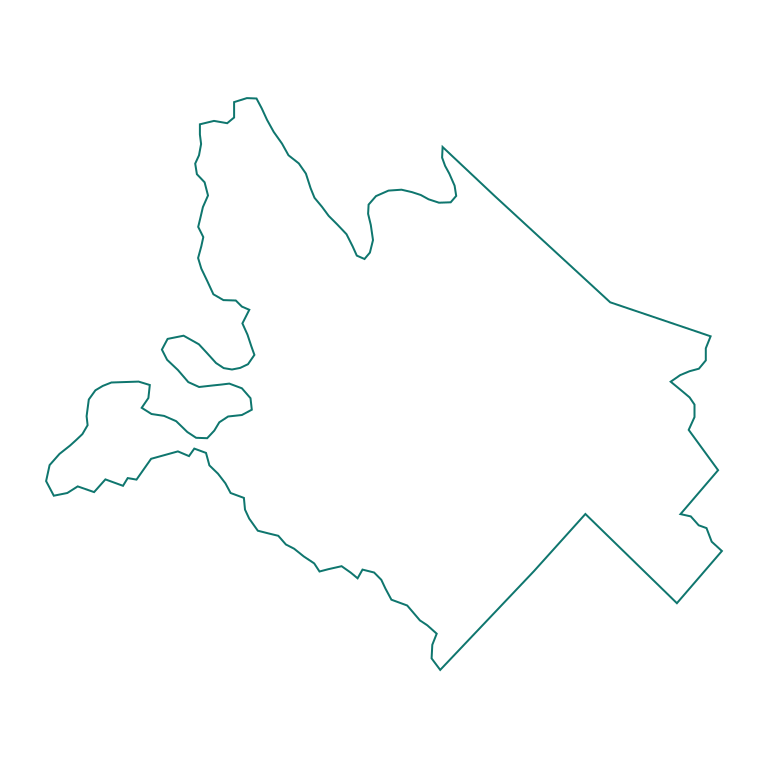 Coronel Freitas, Santa Catarina, Brazil (Albers equal-area conic projection)
{"feature_id": "56859067B46067281388055", "entity_name": "Coronel Freitas", "entity_type": "district", "adm_level": 2, "iso_a3": "BRA", "parent_name": "Brazil", "parent_adm1": "Santa Catarina", "projection": "albers", "projection_center": [-52.766, -26.88], "detail": "fine", "context": "isolated", "style": "outline", "palette": "teal", "viewbox_px": 768, "rotation_deg": 0, "n_neighbors": 0, "source": "geoboundaries", "source_scale": "gbopen_adm2", "svg_char_len": 2306}
<svg xmlns="http://www.w3.org/2000/svg" viewBox="0 0 768 768"><path d="M86.6,416.2L87.6,425.2L82.4,434.1L76.4,439.8L70.0,445.6L59.5,453.9L49.6,465.1L46.1,481.1L53.8,495.7L67.3,493.0L77.7,486.4L94.1,492.1L105.4,479.4L123.0,485.8L127.7,478.1L136.5,479.6L151.1,458.8L177.9,451.4L189.0,456.1L194.3,448.6L206.0,452.9L209.4,465.4L218.0,473.7L225.4,483.3L230.6,493.0L243.9,497.9L245.0,509.6L249.2,518.6L257.8,530.7L268.4,533.4L278.3,535.8L285.9,544.5L294.1,548.7L303.7,556.4L314.2,563.4L319.5,571.5L328.3,569.2L341.6,566.2L350.7,572.6L357.6,578.3L362.5,569.6L374.1,572.5L381.3,579.8L385.4,588.5L391.4,599.7L407.2,605.5L414.3,613.8L419.9,620.4L427.3,625.3L436.7,633.7L432.3,644.8L431.6,658.4L440.2,669.9L533.9,571.2L585.4,514.0L676.9,603.2L721.9,551.0L711.7,541.7L706.5,528.1L698.7,525.3L690.8,516.4L680.5,514.1L718.1,470.2L688.7,429.9L694.5,417.1L694.5,404.6L689.6,397.4L681.5,390.6L670.7,381.7L680.2,375.1L689.6,371.2L698.9,368.7L705.8,360.4L705.8,348.3L710.6,336.3L610.2,302.3L494.8,196.1L442.6,147.0L442.1,157.6L445.1,165.9L449.3,173.6L454.6,185.7L456.2,195.9L450.7,202.3L439.0,202.7L428.6,199.3L420.8,195.0L411.9,192.1L401.5,189.7L388.5,190.6L376.0,196.1L368.6,204.6L368.1,213.8L370.8,225.0L373.0,240.1L369.9,252.6L364.5,259.0L356.8,255.6L352.6,246.3L346.5,234.2L337.4,224.6L328.7,215.9L321.9,206.7L314.5,197.8L310.6,188.2L305.9,173.6L298.8,163.4L288.5,155.3L282.0,143.6L273.7,131.9L267.0,119.8L261.7,108.3L256.5,98.5L246.9,98.1L234.1,102.1L234.1,117.5L227.2,123.2L214.0,120.9L199.9,124.3L199.9,134.5L201.1,144.0L199.0,155.3L195.2,163.6L196.9,174.2L204.6,182.3L208.0,195.5L202.9,207.1L200.4,217.8L198.2,226.9L203.3,237.1L201.3,246.3L198.1,258.0L201.3,268.6L207.2,280.9L213.4,294.3L223.4,300.1L235.8,300.5L241.9,306.6L249.3,309.8L242.4,323.4L247.5,334.7L251.3,346.2L254.4,354.9L248.0,364.2L240.2,367.9L232.0,369.5L223.7,368.1L216.0,363.0L206.5,352.5L198.9,344.3L183.6,335.7L167.6,338.9L161.9,349.6L167.1,359.8L177.9,370.0L188.3,382.1L199.1,387.0L212.4,385.5L221.0,384.6L229.3,383.6L241.9,388.3L250.5,398.2L251.8,409.7L241.9,415.0L228.1,416.5L219.3,422.3L214.3,430.6L207.2,438.2L196.1,437.8L187.3,432.0L176.2,421.2L164.1,415.9L151.5,414.0L141.7,407.8L148.4,398.0L149.8,385.0L138.6,381.6L123.3,382.1L111.4,382.5L102.8,385.9L95.4,390.3L88.8,399.5L86.6,416.2Z" fill="none" stroke="#0f766e" stroke-width="2"/></svg>